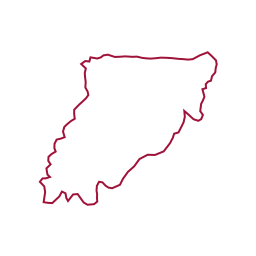 Miraguaí, Rio Grande do Sul, Brazil (Albers equal-area conic projection), rotated 288°
{"feature_id": "56859067B90024458991146", "entity_name": "Miraguaí", "entity_type": "district", "adm_level": 2, "iso_a3": "BRA", "parent_name": "Brazil", "parent_adm1": "Rio Grande do Sul", "projection": "albers", "projection_center": [-53.751, -27.495], "detail": "fine", "context": "isolated", "style": "outline", "palette": "rose", "viewbox_px": 256, "rotation_deg": 288, "n_neighbors": 0, "source": "geoboundaries", "source_scale": "gbopen_adm2", "svg_char_len": 1539}
<svg xmlns="http://www.w3.org/2000/svg" viewBox="0 0 256 256"><g transform="rotate(288 128 128)"><path d="M65.8,131.5L71.5,137.9L78.1,138.9L86.3,141.5L93.4,145.7L102.0,148.5L108.6,154.9L110.7,162.0L114.2,166.1L116.8,169.2L126.4,172.6L132.8,173.7L136.8,173.6L139.4,177.4L150.4,179.1L156.2,178.6L161.6,176.3L159.6,181.0L156.6,187.6L156.6,192.7L159.1,194.9L163.6,195.2L166.3,191.5L173.6,190.1L176.9,190.7L181.4,191.0L187.9,186.8L190.1,189.9L193.7,188.4L196.7,189.7L198.7,192.3L203.2,191.9L207.8,193.8L212.2,192.9L215.9,192.7L219.5,190.8L222.1,185.8L224.6,180.4L219.5,174.1L213.4,168.2L211.6,163.9L210.6,159.4L209.4,154.8L208.1,148.5L206.9,143.8L205.1,137.6L202.8,132.5L201.0,128.1L200.0,124.3L199.1,120.0L198.6,114.3L197.1,110.4L195.3,103.3L193.0,97.6L191.5,93.5L191.5,86.2L189.5,82.2L186.7,80.3L184.6,77.3L183.6,70.5L179.3,70.7L178.5,66.7L174.4,63.7L171.6,69.5L166.9,69.9L163.7,71.2L158.5,73.6L153.4,74.9L150.1,78.4L147.0,80.1L143.2,78.8L138.4,76.2L135.3,74.4L132.1,72.8L128.8,71.2L125.1,72.3L120.3,74.5L117.0,71.6L112.7,68.9L109.3,67.1L104.5,67.3L99.7,70.6L97.2,67.5L94.9,63.7L90.2,63.0L86.1,64.2L83.2,66.5L79.7,63.4L76.0,61.3L72.2,62.3L69.5,65.6L64.4,62.9L61.6,64.3L58.8,65.8L57.3,68.9L54.8,65.5L53.6,62.3L49.6,60.8L46.6,66.4L41.5,69.0L31.4,70.7L32.1,75.1L33.2,79.2L41.8,83.9L47.1,84.8L46.6,88.7L42.5,90.9L40.0,93.5L47.8,96.3L49.6,100.5L43.5,108.8L42.5,113.2L45.1,119.3L48.5,121.5L52.2,120.0L55.2,119.2L58.8,117.4L63.4,116.3L67.9,117.1L68.4,120.5L66.2,124.5L65.3,127.9L65.8,131.5Z" fill="none" stroke="#9f1239" stroke-width="2"/></g></svg>